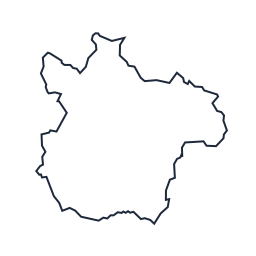 outline of Radovish, Radoviš, North Macedonia, rotated 171°
{"feature_id": "65306769B69057078753294", "entity_name": "Radovish", "entity_type": "district", "adm_level": 2, "iso_a3": "MKD", "parent_name": "North Macedonia", "parent_adm1": "Radoviš", "projection": "equal_earth", "projection_center": [22.502, 41.651], "detail": "fine", "context": "isolated", "style": "outline", "palette": "slate", "viewbox_px": 256, "rotation_deg": 171, "n_neighbors": 0, "source": "geoboundaries", "source_scale": "gbopen_adm2", "svg_char_len": 1447}
<svg xmlns="http://www.w3.org/2000/svg" viewBox="0 0 256 256"><g transform="rotate(171 128 128)"><path d="M211.9,72.3L207.7,64.9L205.9,56.5L198.1,58.2L193.0,54.6L188.2,47.7L171.5,41.1L166.4,43.3L162.6,41.9L158.8,44.5L155.9,44.0L151.3,46.4L147.6,45.1L145.8,46.2L143.5,44.6L141.0,45.8L139.1,44.0L135.8,44.4L129.4,36.0L125.6,36.3L120.4,33.7L117.1,29.4L109.0,38.6L101.1,43.7L98.5,51.3L101.8,51.1L100.3,60.3L94.7,70.4L89.5,71.5L88.1,85.2L84.4,89.8L81.0,90.7L79.6,92.9L78.9,91.1L77.8,100.1L73.9,104.8L55.5,103.0L53.2,98.2L43.9,96.3L35.3,102.9L34.3,106.6L30.7,110.1L32.6,120.3L31.2,125.4L33.3,129.1L37.3,130.9L40.7,139.3L34.1,145.0L34.8,147.2L46.9,153.2L48.4,156.9L55.5,158.5L60.2,164.9L62.1,162.1L65.5,164.7L65.7,168.7L71.1,174.9L80.0,166.0L92.3,170.8L104.2,171.7L107.6,175.6L112.0,187.6L117.8,189.5L118.9,193.5L124.8,200.9L122.9,211.3L117.5,217.6L130.3,216.5L141.4,223.4L142.7,226.1L145.4,226.6L148.2,224.9L150.0,220.7L146.7,215.6L147.0,210.2L156.2,203.3L160.1,195.0L166.8,189.7L169.4,194.6L172.8,195.8L175.1,199.3L180.9,200.2L183.3,202.8L183.1,204.9L193.5,214.0L195.4,214.9L201.1,210.8L201.7,202.0L205.5,195.5L201.9,183.7L202.9,181.4L201.9,176.4L200.9,174.6L194.5,174.6L188.9,172.0L193.4,165.5L191.9,165.1L186.1,152.6L199.2,135.7L205.1,137.8L206.7,135.8L214.4,135.2L215.7,124.0L213.3,117.4L217.2,113.0L217.7,105.1L220.7,104.2L225.3,99.8L222.9,95.7L221.2,95.7L220.7,92.6L216.2,92.5L211.9,72.3Z" fill="none" stroke="#1e293b" stroke-width="2"/></g></svg>